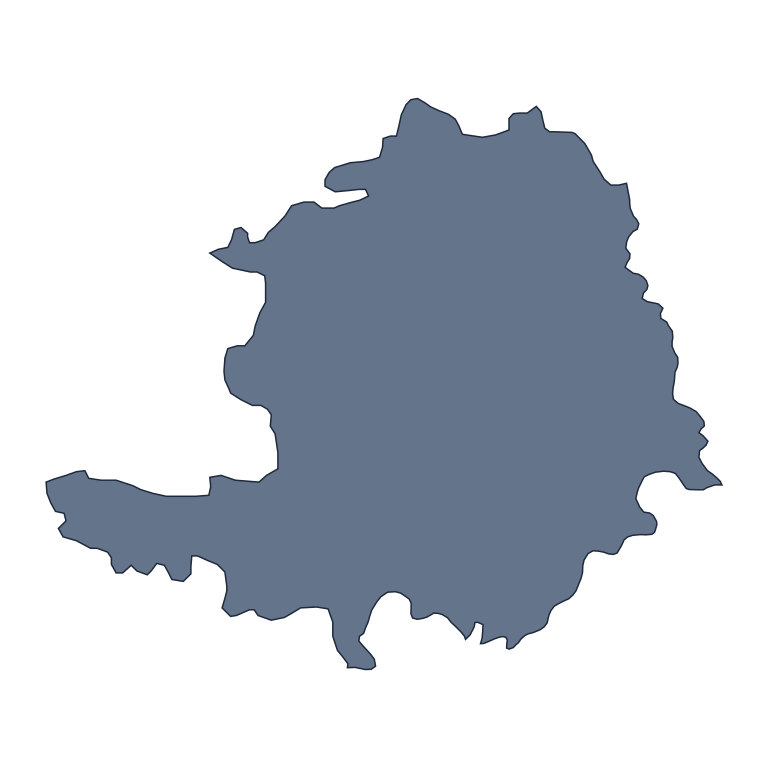 outline of Asipovichy, Mogilev, Belarus
{"feature_id": "67162791B915008440335", "entity_name": "Asipovichy", "entity_type": "district", "adm_level": 2, "iso_a3": "BLR", "parent_name": "Belarus", "parent_adm1": "Mogilev", "projection": "mercator", "projection_center": [28.671, 53.35], "detail": "fine", "context": "isolated", "style": "filled", "palette": "slate", "viewbox_px": 768, "rotation_deg": 0, "n_neighbors": 0, "source": "geoboundaries", "source_scale": "gbopen_adm2", "svg_char_len": 4517}
<svg xmlns="http://www.w3.org/2000/svg" viewBox="0 0 768 768"><path d="M465.5,639.4L470.2,634.7L472.9,629.5L474.3,626.5L474.8,622.7L477.5,622.2L483.0,624.6L482.7,631.4L482.1,638.2L480.5,643.7L484.0,643.4L489.2,641.2L494.6,638.8L499.5,637.1L502.9,636.6L505.9,637.3L507.3,640.1L506.8,643.7L506.6,648.1L509.2,649.1L513.4,647.5L516.3,644.4L518.4,642.7L521.2,638.7L525.0,635.5L527.8,634.0L533.6,632.4L540.0,629.8L544.0,627.0L547.1,623.0L548.9,615.2L550.8,610.8L554.1,606.3L558.1,603.9L563.5,601.1L568.7,598.8L572.9,595.0L576.0,590.8L577.8,586.3L580.9,578.8L582.5,572.7L582.8,565.6L584.0,560.2L588.0,553.6L592.9,550.8L598.3,551.1L603.9,552.2L608.6,553.9L613.3,554.4L617.1,553.0L620.8,546.8L622.7,543.0L624.0,540.0L627.6,536.9L632.8,535.3L640.2,534.6L646.3,534.8L652.0,534.3L654.6,532.2L655.6,529.2L656.9,524.4L656.5,521.3L653.4,515.7L649.6,513.0L643.8,512.1L639.6,506.9L638.3,503.9L635.8,498.6L637.3,492.0L638.6,488.0L641.4,482.2L644.2,476.8L649.1,474.4L655.4,472.2L663.5,471.2L670.3,471.7L675.4,473.4L679.2,478.3L683.7,485.0L686.2,488.5L689.1,489.5L698.6,489.8L703.2,489.8L707.0,487.6L714.9,484.9L721.9,484.9L720.3,481.4L716.8,477.9L712.8,474.4L707.4,470.6L702.0,463.3L698.9,457.2L699.6,450.6L702.7,448.3L706.0,445.3L707.9,441.2L703.1,435.8L698.9,432.6L701.0,429.0L704.3,426.0L703.9,421.5L700.1,416.3L696.3,411.7L690.2,408.1L684.6,405.8L678.5,403.6L673.5,399.4L672.6,393.6L673.1,387.9L674.3,381.5L675.0,372.2L677.3,367.0L678.0,362.8L677.7,357.3L674.7,352.8L672.1,346.5L672.1,341.8L672.8,337.6L672.3,331.2L668.6,326.0L666.7,322.0L660.9,318.5L660.4,313.6L662.9,308.2L658.2,303.9L654.0,303.0L647.2,301.6L642.2,298.5L643.4,293.2L646.9,289.4L647.9,285.6L646.3,280.7L643.2,277.1L638.7,274.3L633.1,273.2L625.1,267.3L627.2,262.3L629.6,258.6L630.0,253.9L625.8,248.2L626.7,241.6L628.6,237.0L632.9,231.6L637.3,229.2L638.8,223.8L636.6,219.5L633.6,216.3L630.3,208.5L629.8,204.7L629.6,199.4L626.5,183.3L618.7,185.1L610.8,185.1L604.1,179.1L599.9,171.8L593.2,161.5L591.4,154.9L584.7,143.4L575.1,133.7L572.0,132.4L563.0,132.1L555.7,131.8L549.6,131.8L544.8,128.2L543.0,120.9L541.1,111.9L536.3,106.4L527.2,113.1L519.3,113.1L513.3,113.7L509.0,118.5L509.0,130.0L495.7,134.9L482.4,137.3L462.4,134.3L458.8,125.8L455.2,119.1L448.5,114.3L438.8,110.6L430.9,107.0L424.9,102.8L417.6,98.5L410.9,99.7L406.1,104.6L401.3,114.9L398.8,126.4L396.4,136.1L390.4,136.1L383.1,138.5L382.5,147.6L379.5,157.3L372.2,159.7L363.7,161.5L351.9,162.6L350.4,162.7L334.6,167.6L329.2,172.4L325.0,179.7L325.0,186.3L335.2,191.8L348.0,190.6L358.9,189.4L365.5,189.4L368.6,196.0L359.5,200.3L352.2,202.1L339.5,205.7L334.0,208.1L328.0,208.1L321.9,208.1L314.0,202.1L303.8,202.1L291.6,205.7L285.0,216.0L275.1,226.6L268.4,232.3L263.7,239.8L255.2,242.7L249.5,242.7L247.6,237.0L247.6,233.2L241.0,227.5L234.4,229.4L231.5,239.8L227.8,247.4L218.3,249.3L209.8,253.1L222.1,261.6L232.5,268.2L250.5,272.0L257.1,272.0L264.7,275.8L265.6,283.4L265.6,294.7L265.6,302.3L259.9,312.7L255.2,325.9L253.3,335.4L244.8,345.8L237.2,345.8L227.8,348.6L224.9,358.1L224.0,371.4L224.9,379.9L229.6,390.3L230.6,393.1L241.0,399.7L252.4,405.4L260.9,405.4L267.5,409.2L271.3,414.9L270.3,426.2L275.1,433.8L277.9,452.7L277.9,468.8L266.5,475.4L259.0,482.1L235.3,480.2L221.1,475.4L209.8,477.3L210.7,486.8L208.8,495.3L195.6,496.3L180.4,496.3L166.3,496.3L153.0,493.4L140.7,489.6L133.1,485.8L116.1,480.2L101.0,480.2L88.7,478.3L84.9,470.7L76.4,471.7L66.0,475.4L53.6,479.2L52.4,479.7L46.1,482.1L47.0,493.4L50.8,502.9L55.5,511.4L64.1,513.3L66.0,520.9L58.4,528.4L63.1,536.9L76.4,540.7L90.6,548.3L97.2,548.3L107.6,552.1L111.4,557.8L111.4,564.4L116.1,572.9L122.7,572.9L131.2,565.3L136.9,571.0L147.3,574.8L151.1,571.0L156.8,563.4L164.4,565.3L168.1,572.0L171.9,579.5L183.3,581.4L190.9,573.8L190.9,566.3L191.8,555.9L197.5,555.9L207.9,560.6L217.3,564.4L224.9,572.0L226.8,586.1L226.8,590.9L224.9,598.4L222.1,607.9L230.6,616.4L236.3,615.5L249.5,609.8L254.2,609.8L258.0,615.5L271.3,620.2L284.5,617.4L291.2,613.6L300.6,607.9L316.7,607.0L328.1,608.9L332.8,622.1L332.8,636.3L337.5,650.5L342.2,656.2L347.9,663.7L347.4,667.7L355.0,667.4L365.3,669.5L371.2,669.3L375.6,666.2L374.3,659.2L370.5,654.1L362.9,645.8L358.9,641.1L359.4,636.4L363.6,633.4L365.6,627.7L368.1,622.0L369.6,616.6L371.7,610.1L376.8,601.8L381.0,596.6L387.6,592.2L395.4,591.7L400.6,593.1L404.5,595.7L409.2,599.0L411.2,603.3L411.1,608.9L410.9,613.6L412.6,618.0L417.3,619.3L423.1,618.3L426.9,617.1L430.6,615.0L433.7,613.1L437.9,613.3L442.2,614.5L447.6,617.8L451.1,622.3L455.4,626.3L460.8,631.7L464.5,636.2L465.5,639.4Z" fill="#64748b" stroke="#1e293b" stroke-width="1.5"/></svg>